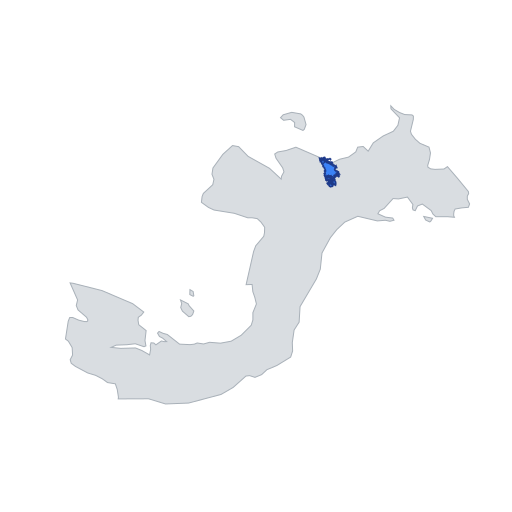 Tolé, Chiriquí, Panama (highlighted), rotated 140°
{"feature_id": "35544464B42415898156118", "entity_name": "Tolé", "entity_type": "district", "adm_level": 2, "iso_a3": "PAN", "parent_name": "Panama", "parent_adm1": "Chiriquí", "projection": "natural_earth1", "projection_center": [-81.647, 8.186], "detail": "fine", "context": "in_parent", "style": "filled", "palette": "blue", "viewbox_px": 512, "rotation_deg": 140, "n_neighbors": 0, "source": "geoboundaries", "source_scale": "gbopen_adm2", "svg_char_len": 8936}
<svg xmlns="http://www.w3.org/2000/svg" viewBox="0 0 512 512"><g transform="rotate(140 256 256)"><path d="M453.4,235.1L452.1,236.3L448.1,242.9L445.9,248.5L451.1,254.5L452.7,260.8L455.6,267.7L460.1,274.6L465.3,287.5L466.5,292.6L465.0,296.0L460.2,298.0L455.7,304.0L454.5,311.3L455.3,314.9L441.8,326.7L438.3,328.6L436.0,326.8L433.1,320.9L429.7,316.2L427.8,314.5L426.7,314.4L425.7,315.5L425.2,318.1L427.0,329.1L425.5,333.6L420.9,337.0L415.7,354.9L413.6,352.6L396.2,328.5L381.1,298.7L378.0,285.2L381.9,284.4L385.6,284.7L387.7,282.6L390.0,278.7L388.1,269.5L395.4,262.6L398.1,257.9L400.1,258.5L404.9,266.4L411.9,271.0L420.4,277.6L425.7,279.1L419.0,272.2L407.4,263.0L404.2,257.0L401.1,248.6L396.6,252.3L394.6,255.3L392.2,257.0L390.2,255.0L389.8,252.3L383.1,251.7L381.3,249.3L379.5,247.9L380.3,253.1L381.7,256.4L381.0,260.2L378.8,260.5L376.9,256.5L374.4,252.9L371.2,237.6L363.5,230.5L359.9,228.1L357.0,227.2L352.7,222.3L347.0,219.7L339.3,212.1L329.8,206.7L318.3,204.8L304.2,206.0L299.5,209.0L296.3,212.8L294.8,214.6L286.5,219.0L283.4,225.3L281.4,230.6L277.3,236.7L282.0,240.4L254.9,261.0L249.6,264.0L237.4,266.1L234.6,268.3L230.9,272.4L230.4,278.6L231.0,283.8L234.5,287.9L237.7,290.5L245.2,302.7L258.6,318.2L261.2,323.8L263.3,332.2L259.2,336.1L256.1,337.8L243.3,338.4L238.9,341.8L237.2,346.9L232.4,351.1L216.0,355.2L203.0,355.7L199.0,350.9L198.0,337.4L189.3,314.5L187.3,298.7L185.1,300.7L180.5,302.5L178.9,306.4L177.8,318.1L176.1,322.1L172.5,321.7L165.2,317.5L155.5,313.7L143.1,289.0L141.7,284.3L139.3,278.8L129.8,276.4L121.6,272.3L112.7,271.6L108.1,274.0L103.5,271.0L102.7,264.2L93.4,267.3L81.4,266.2L70.6,263.3L63.3,264.9L57.2,269.6L58.0,282.0L56.2,284.4L55.9,279.4L53.8,273.6L51.2,268.8L45.8,263.8L45.5,262.0L47.7,259.5L57.5,252.3L58.7,249.3L58.9,243.0L58.0,237.0L53.5,228.2L56.1,222.8L61.1,218.4L66.3,215.0L67.2,213.5L66.2,210.5L63.2,207.3L56.1,201.8L51.9,201.4L51.7,185.6L51.9,168.8L53.0,167.1L55.6,166.1L57.7,163.6L58.9,158.6L62.0,156.8L67.6,160.7L73.3,164.0L75.6,162.9L77.4,161.3L78.7,159.7L79.1,158.1L83.6,162.6L93.0,170.5L93.5,174.4L92.6,178.2L95.2,188.9L100.1,190.5L104.9,188.4L106.1,190.4L105.2,192.4L102.7,194.6L102.1,203.8L110.1,208.1L114.1,211.9L127.3,210.1L132.2,211.2L135.5,210.0L131.9,202.6L126.9,197.2L127.3,194.7L131.1,196.5L133.9,200.2L140.5,204.9L152.5,221.0L166.2,224.9L177.1,224.3L187.3,222.2L203.5,215.9L215.2,204.6L224.5,199.6L254.8,188.9L265.5,177.6L270.0,176.2L274.4,174.8L283.9,166.3L289.0,159.7L294.4,156.3L310.4,158.7L320.7,161.9L327.9,161.5L334.8,163.7L337.8,168.5L340.9,170.5L357.9,170.0L371.7,172.4L402.2,186.7L420.4,200.8L430.1,215.7L453.4,235.1ZM148.3,346.2L144.4,346.7L136.3,343.1L130.4,336.1L129.9,333.9L130.0,331.6L133.2,324.5L137.6,322.0L139.3,322.0L143.4,330.2L140.6,333.4L141.7,338.5L147.6,342.2L148.3,346.2ZM343.5,267.3L342.1,270.9L338.7,262.9L339.2,260.9L339.0,253.8L342.2,251.9L344.6,251.7L346.5,252.7L347.8,261.1L346.8,264.9L343.5,267.3ZM102.9,174.5L102.1,178.5L96.5,171.4L99.8,170.3L101.0,170.4L102.9,174.5ZM331.5,269.0L328.2,272.7L327.0,269.2L329.2,265.5L330.0,265.5L331.5,269.0Z" fill="#d9dde1" stroke="#a8b0b8" stroke-width="1"/><path d="M139.3,272.2L139.0,272.8L138.6,272.9L138.4,272.1L137.9,272.0L137.7,272.3L137.3,271.9L136.8,273.4L137.2,273.2L137.2,273.9L137.5,274.4L137.6,273.6L137.9,273.4L137.7,273.0L138.0,273.0L138.0,273.5L137.6,273.7L137.7,275.5L138.1,276.1L138.7,275.9L138.8,275.5L139.0,275.4L138.9,274.6L139.0,274.8L139.1,275.3L139.0,275.6L138.5,276.4L138.6,276.6L138.8,276.4L139.0,276.6L138.7,276.6L139.2,277.3L138.9,277.2L139.4,278.4L140.1,279.2L140.4,279.0L140.2,279.3L141.2,281.3L141.3,281.1L141.1,281.7L141.5,281.7L141.3,282.3L141.5,282.7L141.9,282.7L141.9,283.1L142.0,283.4L142.3,283.3L142.1,283.5L142.5,283.9L143.3,284.1L143.6,283.8L143.8,283.8L143.1,284.2L142.7,284.1L142.6,284.3L142.8,284.4L142.9,284.6L142.7,284.8L142.8,284.4L142.6,284.4L142.2,284.5L142.3,284.8L142.2,285.2L142.2,284.5L142.5,284.1L141.7,283.8L141.9,284.4L141.3,283.3L140.4,284.2L140.4,284.5L140.5,284.6L138.5,283.5L138.4,284.1L139.8,284.9L140.4,285.8L140.6,286.3L139.9,287.2L140.3,287.8L141.1,287.9L140.9,286.5L141.0,286.8L141.3,286.4L141.1,286.8L141.3,286.3L141.1,286.2L141.3,286.1L141.1,285.6L141.7,285.1L141.6,284.6L141.7,285.3L141.4,285.6L141.5,286.5L142.3,286.5L142.4,286.1L142.9,286.1L142.5,286.2L142.4,286.6L143.1,286.7L143.1,286.8L143.7,286.7L144.0,287.0L144.4,287.4L144.6,287.3L144.9,287.4L144.9,287.6L145.1,287.4L145.5,287.5L146.1,286.9L145.1,285.9L145.1,285.5L145.9,285.3L146.3,284.1L145.9,283.8L146.4,282.4L146.3,282.1L146.9,281.9L147.2,281.4L146.8,280.8L147.1,279.8L146.8,279.4L147.4,278.8L147.3,278.2L147.5,277.4L148.7,277.2L148.2,276.3L149.2,276.2L149.8,274.9L150.5,275.2L150.4,274.5L151.7,274.1L151.8,273.5L151.3,273.3L151.5,272.9L151.4,272.5L151.8,272.4L151.5,272.1L151.5,271.7L151.8,271.4L152.1,271.5L152.4,270.8L152.8,271.0L153.0,270.2L153.6,269.4L153.3,269.3L153.5,269.1L153.2,268.7L153.4,268.2L153.0,268.1L152.8,268.6L152.5,268.5L152.7,268.2L152.8,268.0L152.2,267.6L152.5,267.4L152.5,267.2L151.9,267.5L152.4,268.1L152.4,268.4L151.9,268.4L151.9,267.8L151.8,267.7L151.5,267.8L151.7,268.1L151.3,267.9L151.2,267.2L151.7,266.7L151.4,266.4L151.4,266.1L151.8,266.4L152.5,265.6L152.0,264.9L152.1,264.5L151.6,264.0L151.4,264.3L151.0,264.2L150.8,264.7L150.4,264.9L150.6,265.6L150.4,265.6L150.1,266.2L150.7,266.5L150.8,266.9L150.6,266.7L150.6,266.9L149.8,267.0L149.5,266.5L149.5,265.6L149.9,265.8L150.0,265.5L150.2,264.9L149.5,265.4L149.3,265.1L149.0,265.6L148.7,265.6L148.6,265.2L148.7,265.8L148.4,265.9L148.4,265.3L148.6,265.0L148.3,264.9L147.8,263.8L149.1,264.2L149.0,264.7L149.7,265.1L150.3,264.7L150.0,263.4L149.6,263.1L150.2,262.4L150.1,261.4L150.3,261.0L149.9,260.8L149.7,260.4L149.9,260.1L149.5,260.0L149.5,259.5L149.3,259.6L149.3,259.3L148.4,260.0L148.6,260.5L148.2,261.2L147.5,261.2L147.4,261.5L147.2,262.5L147.4,262.7L147.0,263.3L147.2,264.0L146.8,264.3L146.9,264.5L146.7,264.9L146.5,264.7L146.5,265.4L147.0,265.8L146.9,266.4L146.6,266.7L146.4,266.5L146.5,265.7L146.1,266.0L145.5,265.6L145.2,266.4L144.6,266.8L144.7,267.1L144.7,267.4L144.5,267.5L144.0,267.6L143.8,267.3L143.7,266.6L144.1,266.1L143.8,265.7L143.4,265.8L143.1,266.3L143.0,265.8L143.2,265.6L142.6,265.7L142.3,266.2L142.1,266.0L141.8,266.1L141.7,266.6L141.3,265.5L141.5,265.4L141.7,265.8L142.2,265.8L142.4,265.4L142.1,264.7L141.8,264.9L141.9,265.3L141.3,265.1L141.0,265.6L141.1,267.3L140.8,267.5L140.4,266.7L140.8,266.6L140.6,266.1L140.7,265.5L141.1,265.3L140.8,265.1L141.7,264.9L141.5,264.5L141.8,264.1L141.7,263.5L141.1,263.7L141.2,263.8L140.8,264.3L140.7,265.0L140.5,264.8L140.1,265.4L139.6,265.2L139.8,265.8L139.4,266.0L139.4,266.6L140.0,267.4L139.9,268.1L139.6,268.2L139.5,267.0L138.8,267.2L138.7,267.5L139.0,267.8L139.1,268.4L139.4,268.6L139.3,269.1L139.9,269.7L139.9,270.1L140.3,270.1L140.2,270.8L140.4,271.1L140.1,271.4L140.2,271.7L139.3,272.2ZM148.6,271.2L148.4,270.3L148.6,270.0L149.0,269.8L149.8,269.9L149.8,269.7L150.3,269.8L150.8,269.5L151.1,269.8L150.9,270.1L150.6,269.8L150.4,270.1L151.0,270.7L150.9,270.9L150.5,270.9L150.8,271.2L151.2,271.2L151.2,271.5L150.6,271.5L150.5,271.2L150.0,271.8L149.8,271.3L149.5,271.3L149.8,270.9L150.1,270.9L150.3,270.5L150.2,270.4L149.9,270.6L149.7,270.4L149.6,270.9L149.4,270.5L149.0,270.5L149.2,271.1L148.6,271.2ZM146.8,268.1L147.8,268.1L148.0,267.7L148.2,267.8L148.6,267.2L148.3,267.2L148.2,266.8L148.8,266.8L148.9,266.5L149.1,266.7L148.7,267.3L148.9,268.0L148.4,267.9L148.0,268.5L148.3,268.5L148.5,269.0L148.8,268.6L149.2,268.5L148.9,269.2L148.5,269.2L148.0,270.0L147.8,269.9L147.9,269.4L147.7,269.2L147.6,269.5L147.1,269.3L147.7,268.8L147.8,268.2L147.1,268.6L146.8,268.1ZM153.9,265.9L154.7,266.1L154.9,265.8L154.7,265.0L154.9,264.8L154.9,264.2L154.6,263.7L154.9,262.2L154.7,261.7L154.5,262.0L154.5,261.4L153.5,260.7L153.3,260.4L152.6,260.3L152.2,261.2L152.1,260.4L151.9,260.4L150.9,261.5L150.8,261.9L150.6,262.0L150.6,262.4L151.2,263.1L151.4,263.0L151.9,261.7L152.4,263.2L153.2,263.8L152.7,264.1L152.5,264.7L153.0,264.9L153.1,264.5L153.0,265.2L153.4,265.2L153.4,265.5L153.6,265.4L153.9,265.9ZM145.6,287.9L144.8,287.6L144.6,287.3L144.4,287.4L144.0,287.3L143.7,286.9L142.9,286.7L142.5,287.4L143.0,287.6L142.7,287.6L142.5,287.4L142.6,286.9L142.3,286.7L142.2,286.8L142.4,287.0L142.1,287.3L142.3,287.4L142.3,287.8L142.1,287.2L142.3,287.0L142.2,286.9L141.6,287.5L142.1,287.8L142.4,288.4L142.9,288.4L143.5,288.9L143.7,288.6L144.0,288.6L143.9,288.3L144.0,288.0L143.9,288.3L144.3,288.9L143.9,288.6L143.7,288.8L144.5,290.1L145.2,288.7L145.6,288.2L145.6,287.9ZM138.8,278.5L138.5,277.6L138.3,278.1L137.9,278.2L137.8,278.4L138.0,278.9L138.0,279.0L137.6,278.4L137.4,279.2L139.1,280.6L140.0,282.7L140.5,281.6L140.1,280.0L139.9,280.3L139.8,280.2L140.0,279.6L138.9,278.4L138.9,278.5L138.8,278.5ZM137.0,282.4L136.8,282.6L136.6,282.5L136.7,283.1L137.0,283.1L137.0,282.4ZM141.9,286.6L141.5,286.7L141.6,287.0L141.9,286.6ZM140.6,282.3L140.8,282.0L140.9,281.9L140.7,281.8L140.6,282.3ZM143.6,289.0L143.8,289.0L143.7,288.9L143.6,289.0Z" fill="#3b82f6" stroke="#1e3a8a" stroke-width="1.5"/></g></svg>